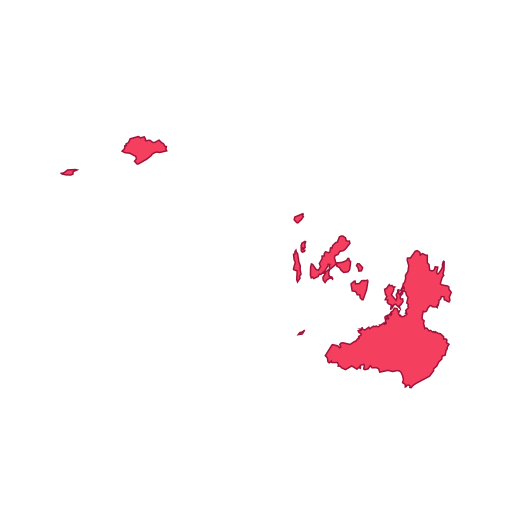 Attikis, Attiki, Greece (Robinson projection), rotated 107°
{"feature_id": "26713481B5850386890635", "entity_name": "Attikis", "entity_type": "district", "adm_level": 2, "iso_a3": "GRC", "parent_name": "Greece", "parent_adm1": "Attiki", "projection": "robinson", "projection_center": [23.511, 37.081], "detail": "fine", "context": "isolated", "style": "filled", "palette": "rose", "viewbox_px": 512, "rotation_deg": 107, "n_neighbors": 0, "source": "geoboundaries", "source_scale": "gbopen_adm2", "svg_char_len": 6054}
<svg xmlns="http://www.w3.org/2000/svg" viewBox="0 0 512 512"><g transform="rotate(107 256 256)"><path d="M206.4,74.4L206.2,75.1L207.1,75.3L210.0,75.2L211.4,74.4L215.0,74.9L219.6,76.3L220.0,77.2L219.2,78.4L213.5,78.9L213.9,81.5L217.2,81.5L218.9,83.1L218.7,85.9L213.6,88.0L212.4,90.2L205.2,92.4L205.6,93.4L205.0,97.6L207.1,99.1L204.7,100.3L203.7,103.3L204.8,105.1L212.7,107.7L213.7,110.6L216.0,110.1L220.6,107.1L226.3,106.2L230.7,107.4L233.9,106.3L237.9,106.2L239.3,107.0L242.7,106.8L246.8,107.6L246.5,106.9L242.3,105.8L243.0,105.0L246.3,104.3L246.6,102.4L249.5,100.7L251.1,98.5L256.8,98.1L257.8,96.2L259.7,96.0L260.8,95.1L264.4,96.9L265.9,95.7L266.9,96.3L267.1,94.8L268.1,94.9L271.2,97.7L271.4,99.6L270.5,100.4L271.2,100.9L269.4,103.0L266.6,102.7L267.7,103.6L265.1,105.8L265.4,108.4L268.5,109.0L270.2,110.5L271.0,110.6L271.2,109.5L272.4,109.0L272.0,109.4L273.3,109.7L272.3,110.9L272.6,111.3L274.9,112.2L276.2,112.3L276.7,111.0L277.4,111.1L277.1,112.5L274.5,113.1L276.2,114.8L277.5,114.6L278.9,113.8L278.0,113.9L278.1,112.7L279.4,113.3L281.2,113.0L281.8,111.9L282.9,112.1L283.8,113.3L283.2,114.4L282.7,114.2L282.6,113.5L282.5,113.4L282.4,113.4L282.7,114.3L285.4,116.3L285.7,117.2L285.9,116.8L287.3,117.7L288.0,118.6L287.8,120.6L288.7,121.3L288.8,123.2L292.3,126.0L291.1,127.3L294.9,130.2L294.8,132.7L293.1,133.7L294.9,133.6L295.5,135.1L295.7,133.9L296.5,133.8L297.6,136.4L298.9,135.3L299.7,132.7L301.2,132.5L302.9,134.3L303.7,134.2L303.9,133.4L305.0,133.5L305.5,134.6L308.7,135.9L308.8,136.7L313.1,140.2L313.5,147.1L314.3,149.2L316.1,150.0L318.2,148.3L319.3,149.2L318.0,151.6L318.3,156.8L318.8,157.3L331.1,160.6L332.5,158.0L335.9,156.4L336.6,155.5L336.7,154.6L334.6,153.4L335.5,153.1L335.6,151.8L334.1,147.2L335.6,145.4L337.3,145.3L336.8,143.1L337.9,141.5L338.5,137.2L333.2,132.3L334.7,126.4L332.6,125.2L332.9,123.4L331.7,123.5L331.7,124.4L330.0,124.1L328.1,121.3L329.1,120.4L332.6,120.0L332.9,118.6L331.1,115.7L327.5,114.7L329.0,112.3L327.6,108.3L328.0,105.7L330.9,103.7L326.8,96.4L326.5,91.4L324.4,87.8L324.0,85.2L324.8,83.3L327.9,80.6L331.2,78.9L334.3,78.8L335.1,75.8L337.6,75.0L336.9,74.1L335.6,74.0L334.7,72.2L335.4,70.6L336.7,70.5L336.6,69.1L333.8,68.0L330.8,65.5L320.2,54.9L313.8,52.6L311.9,53.2L308.5,51.0L304.0,50.3L300.2,48.2L297.4,48.8L295.5,46.1L290.9,46.6L288.9,46.0L287.2,46.5L284.0,45.6L283.3,48.4L280.4,48.9L279.8,50.0L280.5,52.4L278.3,53.0L276.4,56.9L276.7,59.0L276.0,62.4L276.9,62.5L276.3,64.0L277.2,64.7L276.1,67.4L277.0,68.8L275.1,71.3L275.4,73.2L275.9,73.4L271.6,76.0L268.8,76.3L268.0,78.3L265.8,79.4L260.0,79.9L260.1,78.2L258.8,76.8L255.4,76.4L252.5,75.0L252.3,73.6L253.0,72.5L252.0,68.8L252.3,67.6L250.5,68.2L249.9,68.1L250.0,67.4L246.8,67.5L245.3,68.1L243.1,66.8L240.6,66.9L240.0,64.4L242.9,63.1L242.7,61.7L243.4,60.1L243.5,58.0L241.7,57.6L238.7,59.1L233.7,58.6L231.3,61.9L229.2,62.5L228.7,64.0L229.3,70.1L228.5,71.7L222.0,71.7L219.6,70.8L218.2,72.0L214.2,72.2L206.4,74.4ZM185.2,378.4L181.5,372.1L180.1,373.4L177.5,373.7L177.9,374.9L175.7,377.3L175.2,379.5L173.5,382.6L176.9,385.9L177.6,388.1L176.4,390.9L176.6,392.4L178.0,394.7L177.8,395.6L176.5,395.8L174.7,397.7L176.8,401.0L176.1,403.4L180.7,410.6L184.8,411.1L187.0,413.1L188.3,412.3L189.1,413.7L191.7,413.0L194.9,414.7L195.5,411.6L194.6,406.7L195.9,400.1L198.1,398.7L200.9,399.9L202.8,396.7L202.5,395.6L195.5,388.9L190.4,385.4L189.0,385.2L186.6,382.9L185.6,381.3L185.2,378.4ZM247.4,200.7L250.8,200.5L258.3,198.4L260.8,196.8L259.8,195.7L260.7,194.1L257.4,190.6L254.8,190.1L254.6,188.5L249.9,185.8L244.1,184.2L244.6,184.4L242.8,184.5L242.5,182.9L245.3,182.6L246.5,181.6L246.5,180.9L239.7,176.6L242.0,175.9L242.7,172.7L244.9,170.3L246.1,167.2L244.2,163.4L241.8,162.5L236.8,163.2L233.5,164.0L233.2,165.3L231.2,166.5L231.3,167.3L234.0,168.2L236.9,171.8L239.3,177.5L234.7,180.5L232.5,180.4L230.6,178.1L227.1,177.2L225.2,173.8L222.7,172.3L216.5,169.9L214.4,171.0L215.1,172.7L214.7,174.4L212.5,175.7L211.5,178.6L211.9,180.2L213.2,181.8L219.1,182.3L219.8,183.7L223.5,185.7L226.4,185.7L226.1,186.7L226.6,187.1L230.5,186.5L231.7,187.8L231.6,190.8L233.9,191.4L235.9,190.6L236.8,192.9L239.1,192.0L244.7,193.2L247.2,191.2L251.5,192.2L251.3,194.6L247.5,199.4L247.4,200.7ZM261.7,104.4L260.3,103.2L256.5,102.1L254.1,103.2L254.8,104.8L254.0,105.8L252.0,106.2L249.2,104.9L246.6,105.2L246.4,106.1L251.0,107.1L249.9,108.5L246.6,109.5L247.2,110.6L248.7,109.9L252.3,110.5L254.6,108.9L257.4,109.1L253.6,115.1L248.1,114.3L246.1,114.9L245.1,114.2L245.3,116.2L244.4,117.3L245.2,119.0L244.4,120.2L248.8,121.7L250.2,123.3L254.7,121.0L256.4,119.0L260.0,119.7L259.5,117.1L262.0,116.9L263.0,115.3L263.3,112.3L268.2,111.5L263.0,111.1L264.8,110.4L262.1,109.7L261.3,108.6L263.8,103.1L261.7,104.4ZM256.0,140.4L247.4,141.6L246.5,142.3L248.1,145.0L247.8,145.1L247.7,145.3L248.7,147.7L252.0,149.1L252.6,150.1L253.5,152.7L251.0,153.9L251.3,154.7L254.9,157.0L261.3,153.8L260.8,150.9L261.8,149.1L263.5,147.9L262.8,145.4L265.5,144.2L266.8,141.9L266.5,140.8L256.0,140.4ZM268.7,208.7L264.3,207.4L262.7,208.5L260.3,207.6L255.7,210.0L252.6,210.7L249.1,213.3L241.8,216.8L240.3,218.7L238.8,219.5L240.3,220.0L242.7,219.5L243.4,220.6L248.3,218.5L250.5,216.6L257.6,216.4L258.1,215.8L258.2,212.3L266.8,210.1L268.7,208.7ZM261.2,182.2L258.5,181.4L255.7,179.2L255.1,177.3L255.8,176.0L255.4,175.9L254.0,177.2L254.0,180.1L250.2,181.8L247.5,181.6L247.5,182.5L250.8,184.5L252.3,186.6L252.7,186.4L252.2,184.9L253.0,184.6L256.7,185.8L259.4,184.7L261.2,182.2ZM208.0,223.3L204.4,222.2L203.7,223.4L202.5,223.0L201.8,223.6L207.4,230.3L210.2,230.1L212.2,226.8L212.1,225.7L208.0,223.3ZM228.8,455.5L226.0,452.3L226.1,454.0L228.8,461.3L232.6,464.0L233.9,466.4L234.3,465.5L234.0,461.6L232.7,456.8L231.2,455.0L228.8,455.5ZM238.8,212.7L237.4,211.0L236.3,210.9L236.0,212.6L235.1,213.5L234.6,213.6L234.5,212.1L233.5,211.5L230.5,212.8L228.0,212.6L227.7,213.5L230.3,215.8L232.8,215.9L237.9,214.2L238.8,212.7ZM239.3,150.8L236.0,150.6L235.1,152.0L233.3,155.0L233.7,156.6L235.8,157.1L237.4,154.9L240.4,153.2L239.3,150.8ZM317.1,189.0L312.6,187.8L315.2,189.5L316.3,191.6L318.8,192.6L317.1,189.0Z" fill="#f43f5e" stroke="#9f1239" stroke-width="1.5"/></g></svg>